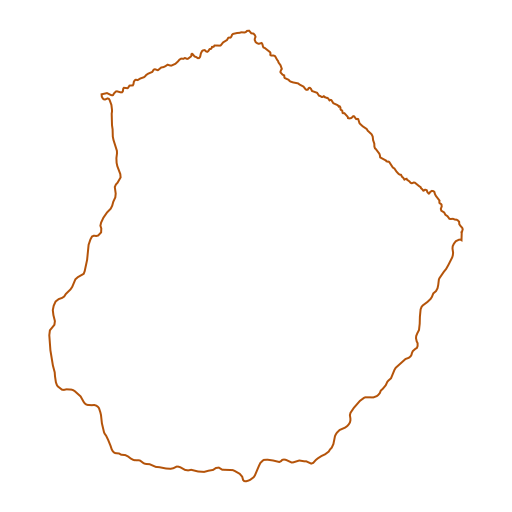 outline of Los Santos, Santander, Colombia
{"feature_id": "7082276B92176503195473", "entity_name": "Los Santos", "entity_type": "district", "adm_level": 2, "iso_a3": "COL", "parent_name": "Colombia", "parent_adm1": "Santander", "projection": "natural_earth1", "projection_center": [-73.071, 6.818], "detail": "fine", "context": "isolated", "style": "outline", "palette": "amber", "viewbox_px": 512, "rotation_deg": 0, "n_neighbors": 0, "source": "geoboundaries", "source_scale": "gbopen_adm2", "svg_char_len": 5922}
<svg xmlns="http://www.w3.org/2000/svg" viewBox="0 0 512 512"><path d="M461.5,240.2L461.7,233.3L461.5,232.5L461.8,232.5L462.7,229.2L462.2,227.8L460.4,225.8L459.3,224.2L459.1,221.7L457.7,220.3L456.6,219.7L455.0,219.6L452.9,218.8L450.7,219.0L449.4,218.8L447.5,216.2L445.4,214.8L444.2,212.5L441.3,210.7L440.8,208.9L441.7,206.5L441.5,204.6L441.0,204.0L439.6,203.2L439.3,202.0L439.5,200.6L435.9,195.9L435.0,194.2L434.3,191.8L433.2,191.1L431.8,190.9L430.2,192.0L429.2,193.5L428.7,193.6L427.4,192.1L426.7,190.2L425.1,189.7L424.4,190.0L423.7,190.7L423.2,190.6L422.3,189.3L421.1,188.3L420.6,187.1L419.3,186.3L414.9,182.7L413.8,182.5L412.4,183.1L411.4,183.2L410.5,182.7L409.4,181.4L406.9,179.6L406.6,178.8L405.6,179.0L404.4,179.6L403.2,177.7L402.1,176.9L401.0,174.8L399.7,174.6L398.6,173.9L396.5,171.6L394.4,168.5L392.8,167.5L389.3,162.1L388.6,161.6L387.9,161.7L386.4,161.3L386.1,160.6L380.2,157.4L379.9,155.4L379.4,153.8L375.8,149.0L375.0,148.4L374.4,146.6L374.3,143.7L373.1,140.1L372.7,136.6L372.0,135.1L371.5,134.2L367.7,130.7L366.7,129.0L362.7,126.3L360.0,123.8L359.5,123.2L358.2,119.1L357.6,118.9L356.3,119.1L355.9,118.8L354.2,116.4L353.8,116.2L353.2,116.2L351.6,117.8L350.8,118.2L349.2,118.4L348.0,118.1L347.7,116.8L344.4,113.2L343.0,113.2L342.6,112.9L342.3,110.9L341.7,110.2L340.9,109.9L340.5,109.2L340.4,107.5L339.8,106.4L339.1,106.1L338.7,106.5L337.7,105.2L333.3,103.2L331.5,100.3L331.1,100.0L330.4,99.9L329.5,100.4L328.1,98.4L327.4,97.9L326.4,97.9L325.4,97.2L324.6,97.2L323.8,96.2L322.4,97.0L321.7,97.0L320.4,96.1L319.0,95.7L317.1,92.8L312.0,91.0L311.0,88.9L310.0,87.9L309.3,87.8L308.7,88.1L307.7,89.7L306.3,89.8L305.5,89.2L303.5,86.6L299.5,84.5L298.1,83.4L293.0,82.4L290.6,81.6L289.6,81.0L288.6,79.8L284.7,78.0L284.4,77.4L284.2,75.4L282.6,74.7L280.6,72.5L280.4,71.9L281.0,70.2L281.8,68.9L280.5,65.2L278.5,62.5L278.1,61.1L277.1,59.8L275.1,56.2L273.6,55.5L271.3,55.5L270.5,55.2L270.3,54.4L270.5,53.1L270.0,52.1L264.8,48.0L263.5,47.5L263.0,46.6L262.4,44.2L261.6,43.0L258.8,43.8L257.3,43.3L255.7,42.2L254.7,39.9L254.9,38.3L255.4,37.3L255.5,36.6L254.7,34.9L253.5,33.6L251.3,33.3L249.1,30.7L247.0,30.9L245.9,32.0L244.6,32.5L241.3,32.3L239.6,32.8L237.1,33.0L233.1,33.9L232.1,34.7L231.3,36.7L230.5,37.6L228.8,37.6L228.2,37.9L227.0,40.0L223.1,42.4L220.8,45.3L220.2,45.6L214.5,45.5L213.6,46.8L212.0,46.9L211.5,48.3L210.9,48.9L209.6,49.1L208.3,51.1L207.3,51.8L206.2,51.5L204.7,50.1L203.0,50.4L202.1,51.0L200.9,53.3L200.2,56.5L199.8,57.3L199.0,58.1L197.7,58.1L196.3,57.1L194.6,56.5L192.8,54.3L192.2,53.8L191.9,53.8L191.4,54.3L191.5,55.6L190.8,56.6L188.0,58.7L187.1,58.9L184.9,58.0L183.4,58.8L181.2,58.6L179.4,59.7L178.0,61.4L175.4,63.8L171.4,65.6L170.1,65.5L167.6,64.7L165.4,66.2L163.5,67.1L161.2,67.5L158.1,70.1L157.7,70.2L155.2,69.3L154.4,69.3L153.6,69.8L152.3,71.9L148.1,73.7L146.2,75.0L145.1,76.3L144.0,77.2L140.3,78.5L138.0,79.9L137.3,80.1L135.9,79.7L134.9,80.2L133.9,81.6L133.4,84.3L132.8,85.4L129.5,85.6L128.0,87.9L127.5,88.2L123.9,87.8L123.3,88.5L122.8,91.4L122.0,92.3L120.5,92.3L116.9,91.3L115.9,91.5L114.1,93.3L113.0,95.1L112.4,95.3L111.1,95.1L107.0,93.1L101.6,94.3L101.8,96.7L102.9,98.6L104.0,99.4L105.1,99.5L107.6,98.4L108.9,98.9L109.6,100.0L111.4,104.9L112.0,109.9L112.0,111.6L111.7,113.6L112.0,125.2L112.6,129.4L112.8,136.6L113.5,140.0L116.9,150.8L117.0,153.3L116.4,158.1L116.6,162.8L117.3,166.1L120.3,174.1L120.6,177.4L117.5,182.8L115.9,184.5L114.8,187.0L115.7,193.6L115.3,197.4L113.3,201.7L112.2,205.7L110.7,208.7L107.0,212.5L103.4,217.7L101.1,222.6L100.4,225.7L101.3,228.5L101.1,232.4L98.2,235.5L96.3,236.0L93.9,235.7L92.0,236.5L90.4,239.5L88.6,244.8L87.1,259.9L84.7,271.1L83.7,273.8L77.9,277.1L75.4,279.3L72.2,286.9L70.5,289.4L65.8,294.0L64.2,296.5L62.1,297.9L58.7,299.1L55.6,301.5L53.7,305.7L52.8,310.1L53.4,315.1L54.9,321.1L54.4,324.8L49.9,330.3L49.3,335.2L50.4,350.3L52.9,365.5L54.7,372.3L55.0,376.3L55.9,382.3L56.9,385.1L57.8,386.4L62.0,389.7L63.9,389.9L66.5,389.3L71.4,389.6L73.0,390.1L74.7,391.1L80.6,396.4L83.6,401.8L84.7,403.3L85.9,404.3L87.4,404.9L91.7,405.2L94.3,405.0L96.4,405.7L98.0,406.9L99.0,408.2L100.4,412.5L101.0,415.1L101.9,423.3L104.0,432.2L104.6,433.6L106.1,435.7L108.1,439.8L110.5,445.7L111.7,449.3L112.7,451.1L113.9,452.4L115.2,453.1L119.1,453.5L121.1,454.7L125.3,455.1L128.1,456.5L130.7,458.5L133.1,459.8L134.5,460.2L138.9,460.3L140.1,460.6L143.6,463.2L144.8,463.7L146.4,464.0L149.6,464.2L155.8,466.9L159.4,467.2L166.0,468.5L170.6,468.8L173.4,468.2L176.6,466.6L178.1,466.6L180.4,467.3L185.0,469.9L186.3,470.1L188.1,470.4L191.2,469.8L198.1,471.5L202.6,471.8L204.1,471.9L208.6,470.7L213.1,469.9L215.9,468.0L218.8,467.6L222.2,469.7L232.7,470.1L234.6,470.9L239.7,473.8L242.2,476.7L243.1,480.0L244.2,481.1L246.0,481.3L248.4,480.6L250.2,479.8L253.7,477.2L254.9,475.4L259.1,465.5L260.4,462.9L262.9,460.5L263.9,459.9L267.5,459.7L273.1,460.5L279.3,462.0L281.1,461.1L282.2,459.9L283.4,459.6L284.9,459.6L286.5,460.1L291.6,462.5L293.1,462.4L299.3,460.5L304.2,461.3L306.2,461.3L311.2,463.6L313.2,462.9L315.8,460.0L317.9,458.3L321.5,456.0L325.1,454.3L327.5,452.5L328.7,451.6L330.0,449.5L331.7,447.7L333.4,444.0L335.0,436.1L335.8,434.4L336.9,432.7L339.6,430.0L345.1,427.6L347.3,426.0L348.8,424.3L349.9,422.5L350.4,420.5L350.4,418.5L349.9,415.1L350.5,412.8L353.8,407.9L359.9,400.9L363.9,397.9L365.3,397.3L373.4,397.4L376.8,396.1L378.2,395.0L379.8,393.1L380.8,390.6L382.7,388.9L385.7,385.3L387.4,381.7L388.6,380.4L391.0,378.3L394.5,369.8L395.7,367.8L405.5,359.0L408.8,357.8L410.6,356.3L411.5,354.8L411.9,353.1L412.8,351.1L415.3,348.9L416.9,347.9L417.6,346.0L417.6,343.2L416.7,341.4L416.0,338.2L416.2,336.0L417.3,333.3L419.0,330.0L419.7,323.8L419.9,316.7L420.6,309.4L421.6,306.8L422.8,305.4L427.5,301.9L430.6,298.9L431.9,296.9L433.3,293.4L436.0,291.1L437.5,288.3L438.2,285.1L438.9,279.4L439.5,278.1L443.9,271.7L446.1,269.0L448.3,265.1L452.2,257.4L452.8,255.4L453.1,252.8L452.5,248.5L452.7,246.2L453.9,243.7L455.8,241.2L459.0,239.7L460.5,239.6L461.5,240.2Z" fill="none" stroke="#b45309" stroke-width="2"/></svg>